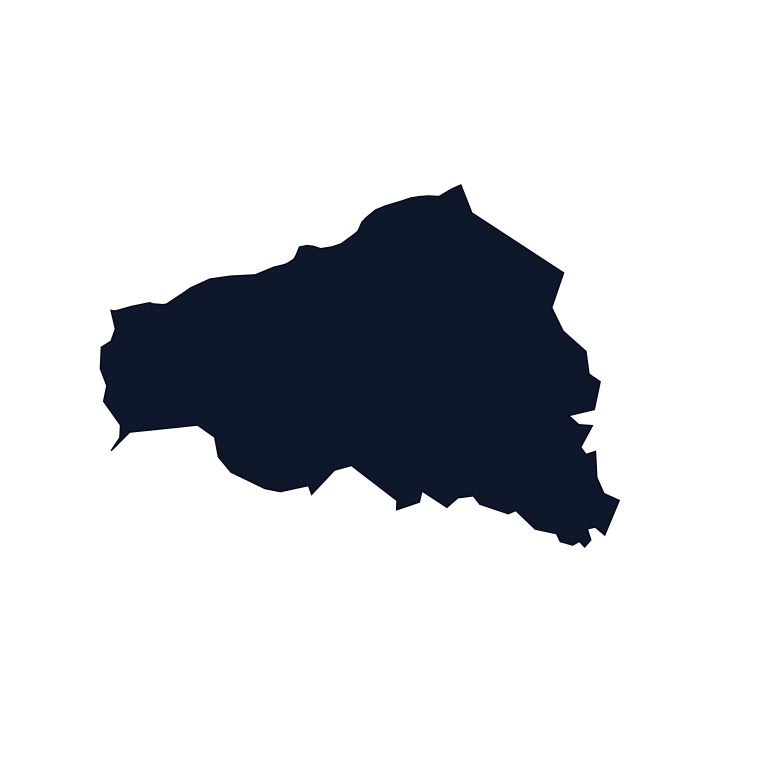 the district of Makedonska Kamenitsa, Makedonska Kamenica, North Macedonia, rotated 304°
{"feature_id": "65306769B84975747896428", "entity_name": "Makedonska Kamenitsa", "entity_type": "district", "adm_level": 2, "iso_a3": "MKD", "parent_name": "North Macedonia", "parent_adm1": "Makedonska Kamenica", "projection": "orthographic", "projection_center": [22.559, 42.055], "detail": "fine", "context": "isolated", "style": "filled", "palette": "ink", "viewbox_px": 768, "rotation_deg": 304, "n_neighbors": 0, "source": "geoboundaries", "source_scale": "gbopen_adm2", "svg_char_len": 1335}
<svg xmlns="http://www.w3.org/2000/svg" viewBox="0 0 768 768"><g transform="rotate(304 384 384)"><path d="M506.7,561.9L506.8,548.4L523.9,533.2L527.9,503.0L541.0,480.3L576.5,470.7L574.9,361.1L591.9,336.4L584.2,331.6L582.4,330.6L570.2,324.9L564.7,315.7L558.8,308.2L553.2,302.3L543.2,294.5L532.4,285.6L523.6,279.8L512.1,276.3L505.7,275.3L496.4,277.0L491.4,275.7L475.9,270.0L468.5,264.3L460.7,255.9L458.6,248.5L455.7,242.8L450.3,237.4L441.7,239.2L437.1,239.6L431.7,237.3L428.0,235.3L425.1,232.8L419.2,227.4L402.5,216.3L399.2,212.0L387.4,196.3L373.6,181.0L355.0,169.7L350.0,167.9L328.8,159.2L326.2,156.6L321.2,147.7L320.2,144.2L307.3,131.6L294.0,120.2L292.4,116.6L279.5,130.6L266.9,133.8L256.4,129.2L238.1,140.4L227.7,155.2L212.9,161.3L202.6,188.6L191.8,195.1L176.1,195.1L201.9,200.0L245.8,252.4L245.3,273.4L231.0,287.5L225.4,306.4L230.8,343.7L236.9,358.3L257.7,378.2L252.1,385.7L284.8,391.0L298.3,402.5L294.7,460.0L286.9,464.8L305.9,479.3L316.6,475.1L317.0,505.1L331.0,508.8L341.3,520.6L338.0,530.6L346.0,559.5L352.9,564.0L348.3,590.6L356.5,610.7L352.0,618.3L356.0,630.5L362.9,633.9L361.2,641.4L370.3,642.6L377.5,633.4L383.6,639.1L382.2,651.4L418.9,644.1L416.1,627.6L425.4,612.7L446.3,597.0L438.5,591.0L441.4,582.4L465.9,580.0L459.1,568.3L461.0,554.6L480.5,572.5L506.7,561.9Z" fill="#0f172a" stroke="#020617" stroke-width="1.5"/></g></svg>